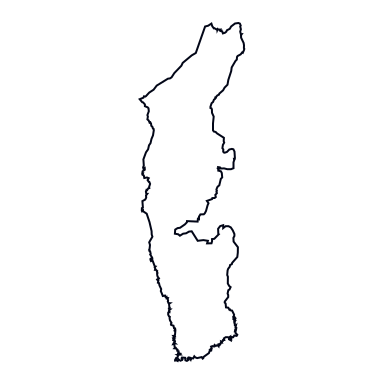 Songea, Ruvuma, United Republic of Tanzania (Natural Earth projection)
{"feature_id": "72390352B68324313293973", "entity_name": "Songea", "entity_type": "district", "adm_level": 2, "iso_a3": "TZA", "parent_name": "United Republic of Tanzania", "parent_adm1": "Ruvuma", "projection": "natural_earth1", "projection_center": [35.48, -10.415], "detail": "fine", "context": "isolated", "style": "outline", "palette": "ink", "viewbox_px": 384, "rotation_deg": 0, "n_neighbors": 0, "source": "geoboundaries", "source_scale": "gbopen_adm2", "svg_char_len": 6050}
<svg xmlns="http://www.w3.org/2000/svg" viewBox="0 0 384 384"><path d="M191.7,55.4L182.7,62.9L181.4,65.7L174.3,73.1L171.6,77.3L170.0,78.4L167.9,78.7L156.7,85.6L153.6,89.7L149.2,92.6L145.9,96.2L145.2,96.6L144.0,96.3L143.4,97.7L139.7,99.2L142.2,102.2L143.1,102.4L144.9,104.4L144.9,106.2L147.6,107.3L148.5,108.3L148.8,111.3L147.4,115.1L147.9,116.6L147.4,119.4L148.7,120.5L149.2,121.8L150.0,122.0L149.8,122.9L151.0,123.3L151.3,125.8L152.4,126.8L152.9,128.5L153.6,128.9L153.8,130.3L153.0,135.4L151.5,138.9L150.5,143.2L149.0,145.3L148.1,149.3L146.0,152.3L143.4,159.4L143.8,165.6L143.1,167.4L143.4,168.5L144.7,167.9L144.8,169.7L142.6,171.3L142.3,173.3L143.0,173.3L142.5,174.7L143.8,175.5L144.3,178.0L147.0,177.5L148.7,178.2L147.6,180.1L148.8,181.9L149.3,181.9L150.1,183.9L149.1,187.0L149.3,188.1L148.2,188.4L147.1,190.2L146.5,189.9L145.9,191.5L146.3,193.9L147.2,193.9L146.0,195.5L146.2,197.6L145.2,199.6L142.4,201.1L142.9,207.6L141.9,208.1L141.8,210.6L142.1,211.3L143.0,210.6L143.0,211.2L146.7,213.7L149.5,222.1L151.6,231.2L151.7,234.4L152.4,236.7L149.2,242.3L150.0,245.0L149.6,248.6L149.1,249.9L149.7,250.3L149.6,251.3L150.2,251.6L150.7,253.9L150.2,254.5L152.2,257.7L152.4,259.1L152.1,259.8L151.4,258.3L150.4,259.0L150.5,259.9L151.0,261.1L152.4,260.5L152.8,261.1L154.7,266.3L155.5,266.5L154.7,267.4L155.3,268.8L155.0,269.8L155.9,269.8L157.2,271.0L156.9,271.8L157.5,273.0L157.1,273.5L157.2,275.0L157.6,276.6L158.9,278.3L157.1,279.5L157.7,280.3L158.4,280.4L157.9,282.7L159.0,283.1L159.5,285.5L161.2,289.1L160.8,291.1L162.0,293.8L162.3,295.1L161.8,295.3L162.5,295.3L163.1,296.8L163.1,295.7L165.2,295.6L165.4,296.8L166.1,297.5L166.5,297.2L166.6,298.4L167.3,298.3L167.3,297.8L168.0,298.0L167.6,298.8L168.1,300.6L167.8,301.4L168.5,303.1L169.9,303.2L169.0,303.8L169.3,306.7L169.7,307.5L168.9,308.3L169.3,309.0L170.3,309.2L169.0,310.2L169.6,311.5L169.5,312.1L168.8,311.8L168.2,312.7L168.2,314.7L169.1,316.5L169.8,316.8L169.6,318.5L170.0,320.4L171.5,322.9L170.9,324.1L171.1,324.9L173.5,325.7L174.0,328.1L175.1,328.4L175.3,329.6L174.8,329.6L174.5,330.7L175.3,331.3L175.0,334.8L174.6,335.2L174.9,336.1L173.4,336.0L174.6,337.8L173.1,338.2L173.5,339.0L173.2,340.2L174.0,340.6L174.5,339.9L175.0,341.4L174.5,342.3L173.5,342.1L175.1,343.4L173.6,343.3L173.2,344.1L174.2,343.9L174.7,347.1L175.4,347.5L174.6,348.3L175.7,348.4L177.5,349.6L177.2,350.7L178.6,351.3L178.2,352.7L178.7,352.4L179.2,353.5L180.3,353.7L179.9,354.3L180.3,354.6L177.5,354.9L178.0,355.2L177.8,356.6L176.6,358.3L176.1,358.1L175.0,360.1L175.1,360.6L176.3,360.3L177.7,361.0L178.3,359.4L178.6,360.0L179.0,359.7L180.4,360.7L182.2,360.0L182.5,359.4L181.6,358.2L182.0,357.5L185.2,357.8L185.4,360.3L186.9,360.9L188.3,360.0L187.6,358.6L188.4,357.5L188.9,357.4L189.8,358.6L189.7,357.8L190.3,357.8L191.1,359.2L191.7,358.2L193.2,358.4L194.3,356.3L195.2,357.3L197.1,358.1L201.6,357.1L202.7,358.6L203.3,358.1L203.6,356.9L208.9,353.1L209.6,351.0L211.2,350.6L211.4,349.6L210.4,349.3L211.7,348.2L211.1,346.6L212.4,346.1L214.0,346.5L214.6,345.0L215.8,346.0L216.6,345.4L217.7,345.4L218.4,346.1L218.4,344.3L218.9,344.2L219.0,345.4L219.4,345.4L220.7,343.6L220.8,342.5L221.9,342.6L221.4,341.4L222.1,341.6L223.0,340.8L223.0,340.1L224.3,340.0L223.9,338.4L225.7,337.2L227.9,337.2L228.6,337.7L230.1,336.7L230.0,337.4L229.1,338.1L229.0,339.3L230.6,340.2L230.3,338.9L231.2,339.3L231.1,338.0L231.9,337.6L231.4,337.1L230.8,337.3L231.0,337.0L233.2,337.2L234.3,335.5L236.6,335.9L237.3,334.8L235.5,332.9L235.6,331.3L234.9,331.3L235.2,329.8L236.0,329.8L236.3,327.9L235.5,327.6L235.9,325.7L235.5,326.1L234.8,325.2L234.8,323.7L234.0,323.9L234.7,323.3L234.3,322.4L235.2,320.8L234.4,320.7L234.9,319.6L234.2,319.9L233.6,319.3L234.1,319.0L233.5,318.7L233.3,317.2L234.7,317.3L233.8,315.9L234.1,314.7L232.1,310.6L230.4,310.3L230.0,309.5L229.4,309.7L228.3,307.7L226.0,307.4L225.6,303.5L224.7,302.6L224.8,301.5L228.2,297.1L228.2,295.0L227.6,293.6L228.3,290.2L229.5,289.5L230.6,287.1L229.2,286.0L227.8,283.5L227.9,276.7L227.2,275.0L227.6,270.4L228.2,268.7L229.7,266.8L230.1,265.0L231.8,264.2L232.2,262.8L237.3,257.0L237.8,252.7L237.9,247.2L233.6,241.6L233.4,237.9L234.4,236.0L234.4,234.0L232.8,230.4L230.8,227.4L228.5,226.2L225.6,226.2L223.2,228.1L223.2,225.2L220.2,226.1L218.1,228.8L218.3,234.1L218.7,234.3L214.3,238.8L212.0,239.1L212.1,241.1L211.5,243.3L207.1,243.4L207.9,240.8L203.4,240.1L197.7,240.8L191.7,231.3L189.0,231.6L186.1,233.3L183.1,233.7L179.9,235.7L178.3,234.3L174.9,233.7L175.2,229.6L177.6,228.1L180.0,227.8L184.9,224.4L186.9,222.3L187.0,221.1L197.6,221.6L197.9,218.8L199.0,219.2L199.0,216.6L200.4,214.4L203.8,214.3L204.8,213.3L206.0,211.0L207.6,205.2L208.5,203.2L206.9,200.9L212.0,199.1L212.3,198.1L214.6,198.0L215.8,197.0L215.3,194.9L216.9,193.1L216.4,191.8L216.9,190.8L216.4,189.8L216.8,188.4L217.6,186.7L219.3,185.3L220.8,178.9L222.2,177.4L221.8,173.0L220.9,171.3L218.3,170.6L218.5,169.9L217.9,168.7L218.9,168.6L218.1,168.1L218.1,167.1L220.0,167.4L221.0,168.5L224.1,168.4L227.3,169.2L231.0,169.2L233.5,168.2L233.5,162.3L234.2,160.1L234.0,158.9L234.7,159.0L234.9,158.1L234.5,151.6L233.4,149.3L231.9,148.9L229.3,149.5L227.0,151.9L225.4,152.5L224.2,152.7L223.2,151.7L223.3,149.4L222.4,148.2L222.9,144.9L224.2,142.6L223.7,141.2L223.9,137.8L216.9,133.3L215.7,132.0L213.8,131.5L213.0,130.3L213.0,123.4L213.7,116.6L212.0,112.8L211.9,109.3L211.4,108.3L210.5,108.1L210.4,106.9L211.6,103.2L213.1,101.9L213.9,99.7L215.0,98.9L215.3,97.5L216.0,97.6L216.2,96.7L217.4,95.4L219.0,94.6L219.3,93.6L223.1,90.3L224.6,87.6L227.5,84.7L228.3,80.0L231.2,71.1L231.7,67.4L235.5,60.9L236.8,59.6L237.0,57.0L237.6,56.0L240.6,54.4L242.2,52.4L242.8,52.8L243.9,50.3L244.3,48.9L243.9,48.1L244.0,45.3L243.6,42.9L241.1,37.7L241.0,35.3L241.7,34.2L240.9,34.3L240.2,31.6L240.9,29.2L240.2,26.5L240.7,25.6L239.9,23.6L238.4,23.0L235.0,23.5L231.1,26.5L229.8,28.8L226.9,30.3L226.3,31.7L224.9,32.8L222.9,33.4L222.3,31.5L221.2,31.2L221.3,30.7L220.6,30.8L220.6,29.6L219.5,30.1L219.2,29.5L217.6,29.3L217.3,30.0L217.2,29.1L216.6,29.5L214.2,28.1L213.8,28.3L212.3,26.3L211.4,23.6L208.2,25.7L205.1,26.5L195.8,53.0L191.7,55.4Z" fill="none" stroke="#020617" stroke-width="2"/></svg>